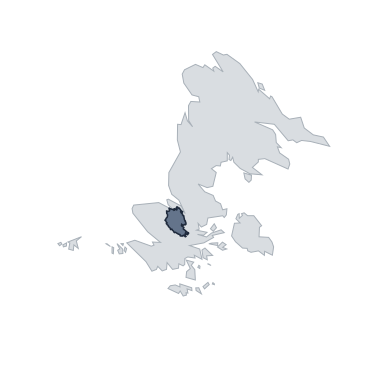 Perthshire and Kinross highlighted on a map of United Kingdom, rotated 231°
{"feature_id": "GBR-2018", "entity_name": "Perthshire and Kinross", "entity_type": "Unitary District", "adm_level": 1, "iso_a3": "GBR", "parent_name": "United Kingdom", "parent_adm1": "", "projection": "robinson", "projection_center": [-3.865, 56.538], "detail": "fine", "context": "in_parent", "style": "filled", "palette": "slate", "viewbox_px": 384, "rotation_deg": 231, "n_neighbors": 0, "source": "natural_earth", "source_scale": "10m", "svg_char_len": 6256}
<svg xmlns="http://www.w3.org/2000/svg" viewBox="0 0 384 384"><g transform="rotate(231 192 192)"><path d="M207.1,284.7L189.6,293.8L184.1,293.2L177.4,288.6L170.3,289.2L173.3,286.8L167.2,284.7L156.7,287.7L152.2,285.6L149.4,281.1L172.1,269.6L175.6,264.1L173.6,262.4L173.1,254.4L161.3,257.2L169.7,248.5L179.9,244.3L188.8,243.3L193.4,245.5L192.0,242.0L194.0,241.2L197.0,244.3L200.4,244.2L194.0,239.0L196.8,233.3L194.4,230.4L197.3,227.4L197.9,221.8L191.9,223.1L183.3,211.8L185.9,206.5L194.4,201.8L184.2,202.0L176.0,206.3L170.2,204.6L164.9,206.8L158.9,204.6L157.0,208.6L152.6,204.3L151.9,201.0L154.2,200.9L161.8,188.0L157.6,183.0L158.9,177.2L163.7,177.0L158.6,174.2L159.5,171.5L151.2,178.3L151.1,173.8L155.6,169.6L147.9,175.0L147.8,181.3L144.3,190.8L140.1,191.5L145.5,180.4L143.1,180.2L145.0,169.2L151.9,156.4L142.8,162.1L133.4,157.4L141.4,154.0L138.8,152.8L144.2,147.8L144.8,144.5L140.3,140.8L140.2,138.6L144.5,136.6L141.3,133.6L144.1,128.2L152.8,128.2L147.9,123.5L149.4,119.2L155.8,118.6L154.2,115.6L155.7,111.0L166.9,112.4L193.5,109.3L190.5,117.2L175.5,126.3L174.6,129.0L178.0,129.8L172.6,135.8L189.0,132.5L212.7,132.7L216.8,135.0L218.5,138.5L204.7,159.5L188.8,166.3L197.2,165.5L201.8,167.5L201.3,169.1L187.8,174.8L179.4,173.1L194.0,176.7L202.9,174.8L211.8,177.9L221.7,186.3L230.4,208.2L241.7,213.4L253.7,223.4L251.3,225.9L258.0,236.5L250.2,233.2L242.3,233.5L249.7,234.4L261.3,243.6L263.1,248.1L257.0,254.7L261.8,257.2L267.4,253.1L281.8,254.2L289.8,258.6L291.7,263.1L289.0,275.0L281.8,278.8L282.8,282.0L272.2,285.0L275.2,286.1L275.1,289.1L265.7,291.8L286.0,294.5L285.8,299.2L278.7,302.6L277.0,305.8L261.6,310.0L241.3,309.9L228.2,306.5L229.9,308.5L215.6,311.0L217.1,313.5L215.6,314.1L195.7,311.2L187.4,313.4L181.7,323.5L171.1,319.5L160.1,322.2L152.0,328.7L140.9,327.7L156.7,315.9L163.1,309.6L164.4,304.4L169.0,303.2L171.3,299.0L192.8,298.6L207.1,284.7ZM134.7,225.1L122.0,224.9L122.1,222.2L115.0,215.9L108.5,223.0L102.9,222.7L98.0,220.9L92.3,214.7L100.2,211.1L97.2,208.4L104.4,206.6L108.0,199.9L111.2,198.3L113.5,199.4L116.6,196.0L126.0,194.5L132.9,195.1L141.0,205.3L137.7,209.9L143.6,209.3L145.8,213.5L145.5,215.0L141.8,212.2L142.1,216.6L144.0,216.8L143.0,219.4L138.6,220.3L134.7,225.1ZM132.8,116.1L130.3,120.5L125.8,122.9L128.3,124.7L117.8,131.5L115.4,129.9L119.8,127.2L116.0,125.2L117.4,124.0L115.4,122.8L116.7,119.7L122.5,120.5L121.6,117.7L132.1,112.6L132.8,116.1ZM133.5,137.7L133.6,142.5L142.7,144.7L136.4,149.2L135.5,145.3L129.9,145.3L121.5,139.2L129.4,133.6L133.5,137.7ZM225.2,60.2L229.2,64.9L231.2,64.2L226.8,78.0L226.8,71.3L219.7,68.1L225.2,66.9L221.3,63.0L225.2,60.2ZM140.3,166.8L129.7,168.1L133.2,163.2L129.7,161.2L134.0,159.3L140.6,163.2L140.3,166.8ZM168.8,241.5L174.2,244.3L167.6,248.8L164.0,245.5L163.7,242.3L168.8,241.5ZM133.2,177.2L133.9,184.1L129.6,185.4L129.7,181.0L125.9,183.1L127.5,179.1L133.2,177.2ZM193.5,97.6L193.2,100.0L199.1,101.2L191.3,102.2L187.7,99.6L189.7,96.5L193.5,97.6ZM153.3,189.3L148.8,188.5L148.1,183.8L151.8,183.2L153.3,189.3ZM235.5,311.9L231.7,314.5L225.3,312.5L230.4,309.7L235.5,311.9ZM136.3,180.1L134.3,178.2L141.2,172.5L139.8,175.3L136.3,180.1ZM112.9,133.2L115.1,134.6L113.3,137.0L106.9,135.2L112.9,133.2ZM111.7,147.5L109.2,147.1L108.8,140.8L111.6,141.0L111.7,147.5ZM231.4,62.5L229.0,60.4L230.3,57.5L232.2,58.4L231.4,62.5ZM199.7,95.4L198.0,96.1L193.5,92.0L194.9,91.4L199.7,95.4ZM191.4,105.3L189.2,105.6L186.9,102.4L189.3,102.5L191.4,105.3ZM236.3,55.3L235.4,58.4L233.5,58.1L233.6,55.3L236.3,55.3ZM205.4,93.3L201.0,94.3L205.8,92.6L205.4,93.3ZM130.7,151.2L129.3,151.5L127.7,149.9L129.8,149.1L130.7,151.2ZM196.5,104.4L195.0,106.2L193.9,104.6L196.5,104.4ZM125.6,159.7L122.9,160.6L126.5,158.8L125.6,159.7ZM108.4,151.2L106.7,151.6L105.9,151.1L107.7,149.9L108.4,151.2Z" fill="#d9dde1" stroke="#a8b0b8" stroke-width="1"/><path d="M193.8,164.1L193.7,164.1L192.9,164.4L192.3,164.8L190.2,166.2L189.4,166.5L188.5,166.3L188.8,166.5L189.1,166.6L189.7,166.6L189.8,166.8L189.9,167.1L189.7,167.2L189.7,167.4L190.2,167.6L190.1,167.8L189.8,167.9L189.2,167.9L189.2,168.3L188.3,168.4L187.8,168.8L188.1,169.1L188.1,169.5L189.2,169.6L189.7,170.0L189.8,170.5L189.1,170.8L189.0,171.0L189.6,171.2L189.5,171.3L189.2,171.4L188.6,171.3L188.1,171.3L187.8,171.4L187.7,171.9L187.3,172.0L185.6,171.9L184.5,171.9L184.1,171.6L183.7,171.7L183.6,172.0L183.4,172.1L182.5,172.3L182.4,172.1L182.3,171.6L183.9,171.0L184.0,170.9L183.9,170.8L182.9,170.5L182.6,170.6L182.0,170.5L181.8,170.8L180.7,170.7L180.2,170.2L178.7,170.6L178.4,170.1L177.6,170.1L177.1,169.6L176.0,169.2L175.3,168.7L174.4,168.6L174.0,168.3L173.9,168.3L173.8,168.6L173.6,168.6L173.3,168.5L172.9,168.1L171.9,167.9L170.9,167.2L171.0,166.7L170.7,166.5L170.7,166.1L170.8,165.9L171.3,165.9L171.5,165.8L171.6,165.6L171.6,164.0L172.3,164.1L172.8,163.8L173.4,163.7L172.8,162.9L172.4,162.6L172.2,162.6L171.8,162.7L170.6,163.1L169.6,163.4L168.9,162.1L168.3,161.9L167.6,162.3L166.0,162.6L165.8,162.6L165.4,162.4L165.2,162.4L165.0,162.6L165.0,162.8L164.8,162.9L164.1,162.9L163.4,163.1L162.7,163.6L162.2,163.5L162.0,163.3L161.9,163.1L162.5,162.4L162.5,162.2L162.4,162.2L161.7,162.0L161.6,161.8L161.6,161.7L163.6,161.1L163.9,161.2L164.2,161.3L164.3,161.2L163.8,160.5L163.6,160.2L163.4,160.2L162.9,160.1L162.9,159.8L163.1,159.6L163.1,159.2L162.8,159.2L162.1,159.4L161.3,159.4L161.3,158.8L161.5,158.6L162.6,158.5L163.7,158.1L163.5,157.7L164.0,157.2L163.9,156.5L164.4,156.3L164.6,155.9L165.2,155.3L165.6,155.3L165.9,155.7L166.5,155.9L167.5,155.1L167.8,154.9L168.1,154.7L168.7,154.8L169.3,154.3L170.3,154.1L171.3,153.6L171.3,153.0L171.8,152.7L172.0,152.7L173.3,153.0L174.6,152.8L175.7,153.0L175.9,152.9L176.0,152.1L176.2,151.8L176.4,151.7L177.2,152.2L177.6,152.3L178.8,152.0L179.2,152.1L180.3,152.0L180.6,152.3L181.0,152.4L181.4,152.4L181.9,152.1L182.6,152.3L183.3,152.1L183.7,152.3L183.7,153.0L183.8,153.2L184.1,153.2L185.0,153.1L185.8,153.5L186.4,153.3L187.1,153.3L187.2,154.1L187.4,154.7L187.6,154.9L187.9,155.5L187.9,155.9L187.9,156.4L188.1,157.0L188.3,157.3L188.9,157.9L189.4,158.5L189.7,158.7L190.3,158.8L190.9,158.9L191.3,158.9L191.8,159.2L192.0,159.4L192.0,159.7L192.3,160.0L192.8,160.0L193.2,160.2L193.2,160.4L192.7,160.6L192.1,161.2L191.6,162.1L191.5,162.5L192.0,163.2L192.7,163.5L193.2,163.5L193.3,163.5L193.6,163.7L193.8,164.0L193.8,164.1Z" fill="#64748b" stroke="#1e293b" stroke-width="1.5"/></g></svg>